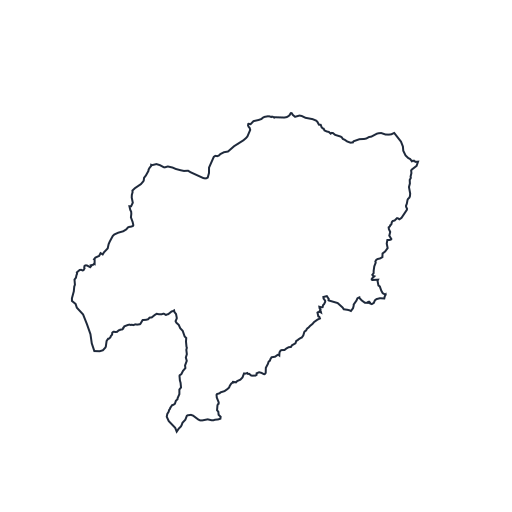 outline of Blajeni, Hunedoara, Romania, rotated 243°
{"feature_id": "2599482B17947676185941", "entity_name": "Blajeni", "entity_type": "district", "adm_level": 2, "iso_a3": "ROU", "parent_name": "Romania", "parent_adm1": "Hunedoara", "projection": "equal_earth", "projection_center": [22.889, 46.263], "detail": "fine", "context": "isolated", "style": "outline", "palette": "slate", "viewbox_px": 512, "rotation_deg": 243, "n_neighbors": 0, "source": "geoboundaries", "source_scale": "gbopen_adm2", "svg_char_len": 6114}
<svg xmlns="http://www.w3.org/2000/svg" viewBox="0 0 512 512"><g transform="rotate(243 256 256)"><path d="M376.1,326.7L376.1,324.7L375.6,323.1L376.0,320.1L377.3,315.0L375.9,311.0L377.2,309.4L377.2,309.1L376.0,308.2L374.5,308.1L373.1,308.5L371.0,308.1L366.4,302.6L365.6,300.6L364.8,297.3L363.8,286.4L361.8,278.5L363.0,274.6L363.0,270.5L362.4,268.7L362.5,266.9L363.7,265.2L363.5,263.4L356.1,254.3L351.3,251.8L347.8,248.6L347.8,247.0L348.3,245.8L349.4,244.4L360.5,235.6L362.8,234.2L364.5,230.4L366.6,227.8L370.0,224.0L372.7,221.8L375.8,218.1L376.4,214.9L377.0,214.1L380.6,211.6L383.1,209.0L384.2,204.4L384.8,204.0L383.7,203.2L383.0,201.4L381.8,199.6L380.6,198.7L377.7,194.4L376.5,191.8L374.2,190.2L373.7,189.5L372.3,186.1L371.4,178.9L370.4,175.6L368.9,175.0L366.8,173.1L364.5,171.8L359.4,170.4L357.0,167.3L357.8,165.8L354.1,164.9L352.2,164.9L350.1,164.0L347.2,162.1L342.2,161.5L339.2,160.7L338.6,159.9L338.9,157.9L339.5,156.2L339.6,154.9L338.6,152.5L338.3,148.9L339.3,143.9L339.5,139.5L338.9,137.5L335.3,132.3L333.5,130.1L330.1,127.3L328.3,122.2L327.0,120.1L329.1,118.8L327.3,116.3L327.5,112.2L326.6,110.2L325.9,110.5L322.2,108.6L322.7,108.3L322.1,107.2L322.7,104.6L321.9,104.6L321.3,103.2L324.4,101.0L325.1,99.7L325.0,98.7L323.9,97.8L322.8,97.6L321.7,95.9L321.8,95.0L323.1,93.9L323.6,92.5L322.7,88.9L321.4,88.5L320.4,87.3L318.4,85.7L317.4,83.6L312.6,81.6L311.3,80.2L307.2,77.6L301.9,72.8L299.5,71.6L295.2,73.5L291.3,72.9L282.4,75.4L271.9,74.4L261.5,73.0L252.7,70.0L244.7,68.8L242.1,73.5L241.5,76.8L242.8,80.2L243.4,81.0L248.1,84.3L249.4,86.6L249.1,87.1L249.6,89.3L250.5,90.2L251.3,92.1L252.9,93.1L253.2,94.3L253.1,95.0L252.2,96.0L251.5,97.7L252.1,100.0L251.8,101.0L252.0,101.6L251.3,103.4L251.6,104.7L252.4,105.2L252.4,105.8L253.1,106.7L252.7,110.6L252.3,112.1L251.3,113.2L251.2,114.0L250.1,115.4L249.9,117.4L248.8,119.0L247.9,121.6L248.1,122.3L250.4,125.9L249.1,129.0L248.6,131.1L249.4,133.2L248.6,135.2L249.4,138.9L249.6,141.3L248.4,142.7L247.0,145.2L246.6,147.4L245.9,148.1L244.5,148.8L244.3,149.3L244.3,150.5L244.0,151.4L244.9,155.6L244.6,157.1L244.7,158.3L243.1,157.9L240.6,158.4L237.1,157.4L236.3,157.0L234.5,154.8L234.0,154.7L232.5,154.8L229.7,155.9L226.0,155.7L222.6,156.7L216.7,155.9L214.6,156.6L211.6,154.8L206.8,152.9L205.6,152.7L204.0,151.3L199.9,149.8L197.4,147.4L194.0,146.7L190.7,143.1L188.2,142.2L186.8,138.8L184.6,135.8L184.4,133.9L183.9,133.4L179.7,131.7L177.2,131.2L172.9,129.5L171.8,127.1L167.7,125.0L164.9,121.6L164.0,121.0L163.4,118.9L161.2,116.7L160.9,114.9L161.2,113.6L159.6,110.6L159.0,110.2L158.2,108.6L156.9,107.5L155.6,105.3L153.3,103.5L148.5,103.3L139.6,106.0L135.5,105.6L137.3,108.9L138.2,111.7L139.2,113.1L140.8,114.8L142.2,118.7L145.0,121.8L145.1,122.7L144.0,125.9L142.3,127.5L136.4,130.4L134.9,131.6L133.9,133.5L132.4,138.8L129.7,142.0L129.0,143.4L128.7,145.2L127.6,148.0L127.2,150.4L128.8,151.5L131.5,150.6L134.3,151.7L136.3,151.3L140.5,153.9L141.2,154.8L141.3,155.6L142.5,156.3L147.7,156.8L150.2,157.8L150.7,158.6L150.2,161.3L150.6,162.5L149.9,166.6L150.4,170.1L151.0,172.3L152.3,173.8L153.5,175.9L153.9,177.7L153.7,178.1L154.3,178.4L154.1,178.8L153.4,179.0L153.3,180.0L152.5,180.7L153.1,182.5L152.9,185.9L153.9,188.8L156.8,192.0L155.9,193.4L155.7,195.1L154.6,195.3L154.0,196.5L151.9,197.3L151.2,198.1L149.7,201.2L149.8,202.5L151.2,203.3L151.0,206.0L149.4,207.8L147.4,209.2L146.9,209.7L146.9,210.5L147.5,211.6L151.9,214.0L154.6,217.8L155.9,219.0L156.3,219.8L156.4,220.9L157.5,221.9L158.7,223.9L157.6,227.3L158.1,230.5L157.9,231.1L156.8,231.6L159.5,233.2L160.6,235.0L160.5,236.2L159.3,238.7L159.8,241.0L159.9,243.6L159.1,245.9L160.1,247.4L160.3,251.5L162.1,253.4L162.1,255.0L162.4,255.8L162.7,258.7L162.5,259.6L163.7,262.0L166.4,264.6L166.7,265.2L166.9,266.9L167.7,267.8L168.3,269.2L168.3,270.1L169.2,272.5L169.8,275.4L170.8,277.8L171.4,281.9L171.3,284.6L173.1,284.8L173.9,284.1L177.7,285.1L177.8,285.7L177.2,287.7L176.2,288.3L177.4,288.6L178.2,287.9L179.1,289.2L180.4,288.9L182.0,289.4L180.6,291.0L180.2,292.1L181.8,293.5L182.2,294.8L183.8,296.9L184.8,297.3L187.4,296.9L188.9,297.4L188.1,300.9L184.7,301.3L183.7,300.5L183.4,300.6L177.0,307.4L170.7,309.8L168.7,310.0L166.5,313.1L165.1,314.7L163.9,315.6L165.4,318.7L167.4,320.5L168.4,321.0L170.7,325.3L172.2,327.1L172.3,328.0L172.2,329.3L171.6,329.1L168.5,330.0L164.9,331.8L163.3,334.7L164.1,334.9L164.0,336.0L163.6,336.2L163.0,335.8L162.5,336.4L161.8,336.2L160.6,337.3L160.7,339.6L162.5,341.8L162.9,343.8L162.1,347.3L159.9,351.0L161.6,352.4L162.7,354.0L163.0,354.1L162.9,353.7L165.3,352.0L168.4,351.9L172.7,352.5L174.1,351.7L178.7,353.0L179.5,354.0L181.8,348.7L182.4,348.4L182.9,348.6L183.4,349.5L184.2,352.2L185.1,351.3L186.4,351.1L187.3,353.0L189.4,354.1L193.1,356.7L195.7,359.6L197.0,359.9L198.0,361.5L198.1,363.0L197.5,365.4L197.6,368.1L200.8,369.9L201.4,373.1L203.3,376.9L207.7,378.1L210.6,380.3L209.6,382.4L209.4,383.7L209.7,384.3L213.6,384.0L216.5,386.5L219.6,386.6L221.3,387.2L221.6,388.7L222.5,389.6L222.5,390.3L222.8,391.0L224.5,392.4L225.1,393.6L224.7,395.7L225.7,398.8L225.2,399.5L223.6,400.4L223.9,402.9L228.6,411.3L229.4,412.0L231.8,412.1L232.7,412.5L234.1,414.1L237.2,416.5L237.9,417.5L238.4,419.2L239.4,420.3L241.6,421.7L248.0,423.6L250.7,426.0L254.0,427.5L255.3,429.4L256.6,429.8L259.3,432.1L261.8,433.1L262.3,434.1L263.4,440.0L266.5,443.2L267.5,440.8L268.3,440.5L268.6,440.0L269.2,440.0L269.7,438.8L269.6,437.9L272.4,437.4L274.2,436.1L277.7,434.9L282.9,435.0L286.9,436.6L292.1,437.1L302.9,435.0L303.0,431.8L303.8,429.6L305.4,426.6L308.7,423.4L309.7,421.0L310.1,419.3L310.0,413.0L310.7,410.7L310.6,407.7L311.1,405.7L313.1,401.2L313.9,395.2L313.7,394.5L313.2,393.9L314.1,391.6L316.7,389.2L319.3,387.8L320.9,386.5L322.8,386.3L324.0,385.6L328.0,381.5L330.7,380.3L331.4,379.1L331.1,378.1L333.5,377.2L334.7,375.7L336.8,374.0L338.7,374.1L339.1,373.6L340.7,372.9L343.5,373.2L344.4,371.7L347.8,371.6L349.4,371.0L352.3,368.5L356.7,362.8L360.0,360.3L361.4,358.5L362.3,354.0L365.1,352.8L366.9,352.7L367.5,352.1L367.3,351.4L366.3,350.0L365.9,348.5L365.8,346.5L366.5,344.1L371.3,335.4L371.1,335.0L372.5,334.1L373.0,333.3L372.9,332.7L374.3,331.4L375.1,330.0L376.1,326.7Z" fill="none" stroke="#1e293b" stroke-width="2"/></g></svg>